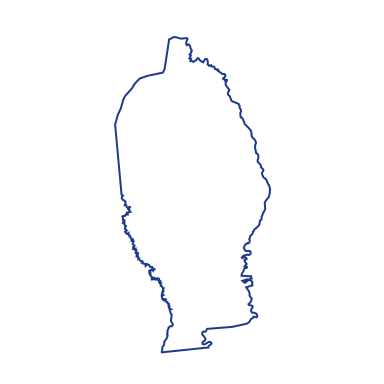 Río Chico, Tucumán, Argentina (Robinson projection), rotated 73°
{"feature_id": "61730980B68338717287929", "entity_name": "Río Chico", "entity_type": "district", "adm_level": 2, "iso_a3": "ARG", "parent_name": "Argentina", "parent_adm1": "Tucumán", "projection": "robinson", "projection_center": [-65.661, -27.448], "detail": "fine", "context": "isolated", "style": "outline", "palette": "blue", "viewbox_px": 384, "rotation_deg": 73, "n_neighbors": 0, "source": "geoboundaries", "source_scale": "gbopen_adm2", "svg_char_len": 6071}
<svg xmlns="http://www.w3.org/2000/svg" viewBox="0 0 384 384"><g transform="rotate(73 192 192)"><path d="M43.3,151.9L42.1,157.8L39.1,162.4L38.5,164.7L39.2,167.3L39.3,169.2L65.9,182.0L67.1,182.8L69.3,185.0L67.9,200.7L68.2,208.8L71.6,214.9L75.6,219.5L80.8,228.1L83.7,230.8L91.2,235.6L96.3,240.2L105.0,245.8L173.2,260.0L174.0,260.1L174.4,259.4L175.3,259.1L176.0,260.3L177.6,261.0L179.7,260.2L180.4,259.1L181.8,258.4L183.8,259.2L184.9,260.1L185.2,258.7L186.6,259.0L188.5,258.2L187.9,256.1L188.4,255.7L190.1,258.0L190.9,257.6L191.1,257.0L192.1,257.2L193.0,256.7L192.9,258.4L193.3,259.3L192.7,260.1L193.1,260.3L194.6,260.1L193.9,261.7L194.2,262.1L194.8,262.1L195.3,263.2L194.8,264.8L195.0,265.7L196.5,265.5L198.8,266.2L199.4,264.9L201.3,265.5L200.9,266.7L201.3,267.2L202.4,266.1L204.0,266.1L205.2,265.1L205.6,265.3L206.1,266.4L207.0,266.3L207.7,266.9L209.8,265.6L210.5,267.7L211.4,267.4L211.9,266.7L212.2,266.9L213.0,266.6L213.5,265.5L213.0,264.7L214.6,265.1L215.2,264.3L216.3,264.8L216.6,264.0L218.7,264.0L219.3,263.4L221.2,264.1L221.4,263.4L221.1,262.9L219.9,263.2L219.5,262.9L220.1,262.3L222.2,262.2L224.1,263.9L225.5,263.3L226.6,263.3L227.5,264.5L228.0,264.4L227.8,263.8L229.2,265.0L229.6,263.9L229.3,263.4L229.5,262.8L230.1,263.8L231.2,262.4L231.5,263.2L232.8,262.8L233.4,263.4L233.9,263.2L234.0,262.9L233.7,262.6L234.0,262.6L234.2,263.4L234.6,263.0L234.5,261.9L234.7,261.6L235.2,262.3L235.7,261.9L236.1,262.1L236.5,262.8L236.1,263.3L237.5,264.0L237.8,263.6L237.4,263.2L238.0,262.4L238.9,262.4L240.3,263.0L240.1,262.1L242.7,261.6L243.8,259.6L244.9,259.7L245.2,260.4L245.8,259.5L246.2,259.6L246.5,258.6L247.4,257.8L249.1,258.0L248.6,257.2L247.5,256.8L247.7,256.0L248.6,255.3L249.3,254.3L251.2,254.2L252.0,252.1L254.1,251.4L254.9,250.4L255.2,250.5L254.9,251.0L253.4,252.1L254.0,252.9L255.3,252.3L255.7,252.4L254.9,252.9L254.4,253.8L254.9,256.1L255.4,256.1L255.7,255.7L256.3,256.1L256.6,255.4L257.1,256.0L257.5,255.5L258.3,255.7L258.2,256.4L260.6,255.8L261.3,255.3L263.9,256.0L264.1,255.0L263.3,255.3L262.5,254.4L263.0,253.5L264.2,253.6L264.3,252.8L263.7,252.6L263.9,252.1L265.2,252.0L264.6,250.4L265.7,250.7L266.4,250.0L265.9,249.0L266.9,249.2L268.0,248.3L268.3,249.4L268.8,249.2L268.9,249.7L269.3,249.7L270.0,249.3L270.4,248.4L271.0,249.2L272.1,248.9L272.7,249.3L273.5,248.3L275.8,248.0L275.9,247.5L276.7,248.3L277.5,248.1L278.1,248.8L278.5,248.5L278.7,247.7L279.0,249.0L278.6,249.3L278.8,249.6L279.6,249.6L280.6,250.2L281.5,249.7L281.1,250.8L281.7,251.0L282.5,250.5L282.7,251.4L285.8,251.6L287.0,250.9L286.1,250.1L287.1,248.3L287.7,248.9L287.5,249.4L288.4,249.4L289.0,249.1L289.4,248.3L290.0,248.3L290.2,247.6L291.6,247.8L292.3,246.8L293.2,247.4L293.8,247.1L294.3,247.8L295.2,247.8L295.3,247.2L296.3,247.9L297.5,246.8L297.3,247.6L297.9,247.4L298.5,247.9L299.4,247.6L301.8,248.0L303.2,247.3L306.2,248.4L307.3,249.3L309.5,249.8L312.9,249.0L313.6,249.4L314.5,250.6L314.0,251.9L314.7,254.0L315.9,254.5L317.3,256.0L319.4,256.5L320.3,257.3L321.7,257.1L322.3,257.7L322.7,257.6L325.3,259.7L326.8,262.1L330.0,263.4L331.2,265.1L332.3,266.1L333.9,266.4L334.9,267.2L336.5,267.7L345.5,221.7L344.7,221.5L344.2,221.0L342.8,217.8L342.0,217.6L341.3,217.9L340.5,219.0L340.3,220.1L341.3,223.7L341.2,225.4L340.5,226.2L339.5,226.3L338.7,225.7L337.8,223.2L337.1,222.3L335.7,222.2L333.4,222.8L331.4,223.9L329.4,223.2L328.9,222.7L328.8,221.6L329.4,220.6L329.4,219.6L327.3,217.6L332.7,193.2L333.9,179.0L333.9,177.7L333.1,175.4L330.7,172.5L330.1,170.2L329.2,169.6L329.6,168.5L330.7,167.3L330.4,166.2L329.4,165.7L327.3,165.9L325.6,167.9L324.9,169.9L323.0,170.3L322.2,170.2L319.9,167.7L319.1,167.4L318.2,168.0L316.6,170.6L315.8,170.8L314.5,168.2L311.6,166.0L308.1,167.3L306.1,166.6L303.1,166.7L299.0,168.1L299.0,161.5L297.5,161.6L296.4,160.7L295.2,160.7L293.9,161.6L292.9,163.1L293.0,164.7L294.0,166.7L293.6,166.8L294.2,167.1L294.2,168.2L291.7,169.8L291.7,164.6L292.7,162.7L291.9,161.3L292.1,160.2L289.7,160.2L289.4,161.7L286.6,169.1L284.9,168.4L282.3,165.6L280.3,164.1L280.1,163.6L280.6,162.1L279.9,161.3L279.4,161.6L278.8,163.3L278.4,163.4L276.8,160.8L274.1,161.8L272.5,161.8L272.2,161.5L272.3,159.6L271.7,159.2L269.6,160.3L269.8,163.5L269.3,163.6L268.0,161.4L268.1,157.0L268.8,156.4L268.7,154.9L268.2,154.0L266.2,153.5L265.1,154.3L264.2,157.9L261.3,158.8L260.2,158.7L257.7,156.2L257.6,154.8L257.0,153.9L257.5,152.9L257.1,151.9L255.2,150.9L253.6,151.0L252.8,150.1L250.9,149.0L250.0,146.7L248.8,145.7L247.8,145.4L247.5,144.6L246.0,143.1L245.3,141.2L244.7,140.5L244.5,139.5L243.2,137.3L239.3,135.4L238.7,133.7L236.0,132.6L234.1,130.9L232.8,130.4L231.9,128.9L229.5,126.9L223.3,125.5L221.5,123.5L219.4,120.2L215.3,117.6L213.7,117.4L212.6,116.6L208.3,116.3L206.1,117.1L205.4,116.9L203.9,117.3L202.4,117.2L200.9,117.8L198.9,119.4L195.3,119.8L193.9,119.3L192.4,117.5L191.6,117.3L190.5,117.6L188.7,118.8L187.9,118.4L185.5,118.7L182.3,120.4L180.4,119.7L179.0,118.7L176.2,117.8L174.7,118.2L173.6,119.3L172.4,119.0L171.3,119.2L170.2,118.8L168.6,118.9L165.6,117.9L163.8,116.4L162.7,116.3L160.5,116.7L158.9,117.3L158.0,118.1L155.7,118.7L154.3,118.1L150.9,117.7L147.9,118.8L142.3,121.7L137.1,122.0L135.4,122.7L135.0,123.4L134.4,123.6L130.8,122.8L129.0,121.4L127.1,121.3L125.3,121.9L123.6,121.2L122.4,121.7L121.7,121.5L120.5,122.5L119.9,123.7L118.9,124.5L117.3,126.8L116.1,127.6L111.3,127.9L109.3,129.1L107.4,128.6L105.3,126.4L100.2,128.3L98.3,128.3L97.5,128.0L95.8,126.0L95.1,125.8L94.7,126.5L95.0,127.9L93.6,128.1L93.2,129.0L92.6,129.2L92.2,128.6L91.8,127.2L90.4,126.0L89.8,125.9L88.7,126.5L88.1,128.5L86.3,129.6L83.9,131.8L83.4,131.8L83.1,131.1L82.5,131.3L82.2,132.8L81.3,133.2L80.9,134.2L79.1,134.0L78.5,134.3L77.7,136.6L76.4,136.6L76.6,137.9L76.2,138.9L75.4,138.9L74.6,139.8L72.8,138.9L69.7,138.7L69.1,139.1L68.7,140.2L68.8,140.7L71.3,143.4L70.7,144.2L67.7,146.3L66.1,146.7L65.7,147.2L65.8,147.9L67.4,149.9L67.5,151.7L68.0,152.7L67.1,153.4L66.3,155.2L64.4,154.0L64.0,155.1L63.3,155.5L61.3,153.2L59.9,154.2L58.6,152.0L57.5,151.9L56.8,150.8L54.0,151.4L52.5,151.1L50.3,151.7L49.8,152.2L50.2,153.8L49.7,154.2L48.2,154.2L45.4,152.5L44.7,151.7L43.3,151.9Z" fill="none" stroke="#1e3a8a" stroke-width="2"/></g></svg>